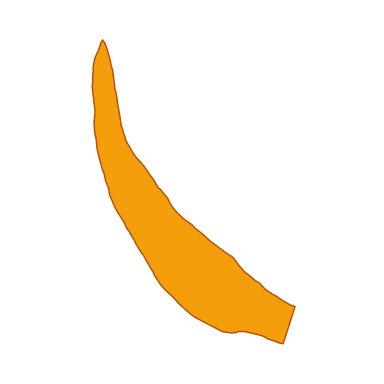 outline of La Libertad, Huehuetenango, Guatemala, rotated 174°
{"feature_id": "79465075B32919336538902", "entity_name": "La Libertad", "entity_type": "district", "adm_level": 2, "iso_a3": "GTM", "parent_name": "Guatemala", "parent_adm1": "Huehuetenango", "projection": "equal_earth", "projection_center": [-91.902, 15.54], "detail": "fine", "context": "isolated", "style": "filled", "palette": "amber", "viewbox_px": 384, "rotation_deg": 174, "n_neighbors": 0, "source": "geoboundaries", "source_scale": "gbopen_adm2", "svg_char_len": 1526}
<svg xmlns="http://www.w3.org/2000/svg" viewBox="0 0 384 384"><g transform="rotate(174 192 192)"><path d="M265.1,352.4L266.9,350.1L269.9,343.4L274.8,334.9L277.2,326.8L277.7,321.7L278.4,319.9L278.4,317.2L279.0,316.2L279.2,311.4L280.2,307.9L280.0,281.8L282.1,271.8L282.5,262.7L282.5,260.3L281.8,254.4L281.9,245.5L280.7,235.5L278.8,223.7L277.6,219.9L276.7,212.0L274.6,204.6L274.1,197.3L270.3,184.9L267.6,178.6L262.8,169.1L260.4,161.9L258.2,158.7L257.7,156.4L257.0,155.7L256.1,153.0L254.8,151.0L253.2,146.3L248.3,136.1L247.0,134.5L244.9,129.2L241.8,122.3L238.4,114.8L237.7,112.4L232.8,102.8L228.5,96.9L221.3,88.9L217.0,82.6L205.7,70.2L201.2,66.4L176.3,49.9L167.5,47.7L162.4,47.6L160.3,48.5L153.8,47.6L139.7,42.7L134.9,40.5L133.0,38.6L130.0,37.1L119.9,32.3L117.2,31.6L101.5,67.3L105.8,69.2L114.1,75.2L118.7,79.4L122.1,81.5L129.7,88.0L134.4,94.3L135.9,95.6L138.5,97.4L143.4,102.7L147.5,106.4L153.4,114.5L154.9,117.6L155.9,119.3L159.2,123.8L163.7,127.1L174.2,136.9L178.6,140.8L186.2,149.4L193.2,156.2L195.2,159.1L203.4,166.5L207.8,171.7L209.2,173.5L212.6,178.3L214.7,182.2L217.0,188.6L223.8,198.7L224.7,199.2L226.4,202.4L227.1,204.0L229.3,209.1L231.4,212.2L235.7,220.3L238.6,224.9L239.2,226.0L242.1,229.8L242.8,230.7L244.6,233.4L246.6,236.9L247.4,238.7L248.1,240.2L252.7,250.9L253.0,254.7L254.1,258.2L254.6,262.8L255.3,264.2L256.2,281.1L256.6,284.8L256.9,293.7L257.1,298.9L257.8,301.1L258.2,321.3L259.4,327.2L259.4,330.8L262.2,346.3L262.9,347.2L262.9,349.0L265.1,352.4Z" fill="#f59e0b" stroke="#b45309" stroke-width="1.5"/></g></svg>